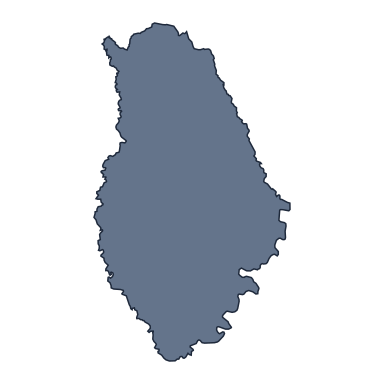 Makoabating, Mafeteng, Lesotho
{"feature_id": "5366337B10709831324049", "entity_name": "Makoabating", "entity_type": "district", "adm_level": 2, "iso_a3": "LSO", "parent_name": "Lesotho", "parent_adm1": "Mafeteng", "projection": "orthographic", "projection_center": [27.416, -29.927], "detail": "fine", "context": "isolated", "style": "filled", "palette": "slate", "viewbox_px": 384, "rotation_deg": 0, "n_neighbors": 0, "source": "geoboundaries", "source_scale": "gbopen_adm2", "svg_char_len": 5973}
<svg xmlns="http://www.w3.org/2000/svg" viewBox="0 0 384 384"><path d="M191.2,355.2L191.5,351.5L193.3,350.4L193.1,349.4L190.1,347.0L190.3,345.8L196.2,343.5L197.7,340.7L198.9,339.9L200.2,340.5L202.1,342.7L204.6,343.1L214.5,342.7L217.3,342.0L218.7,341.1L223.4,336.0L224.5,333.6L223.9,332.1L222.7,331.9L219.7,333.7L218.8,333.3L217.6,332.0L216.6,330.0L216.8,327.4L217.6,326.8L218.7,326.7L225.5,329.1L228.6,329.1L231.2,327.8L231.4,327.3L228.7,323.5L228.1,321.8L222.6,317.3L222.5,316.1L223.1,314.9L226.2,311.6L227.2,311.2L232.1,312.3L234.8,311.8L236.9,310.3L237.7,308.4L239.1,301.4L239.0,299.4L237.8,296.5L238.3,294.5L239.2,294.1L242.6,294.6L243.8,294.2L246.0,291.5L248.7,290.5L252.8,291.8L255.9,294.0L257.8,293.7L257.9,291.5L258.9,288.6L258.7,287.6L256.0,283.4L253.6,281.7L252.9,279.5L251.4,277.6L246.5,276.3L245.0,276.7L244.5,277.3L242.3,277.3L239.8,275.4L238.7,274.1L239.2,269.6L241.4,268.1L246.6,270.8L250.4,270.9L253.9,268.9L257.5,269.8L258.1,269.1L259.6,268.6L260.2,267.4L260.2,265.5L261.1,264.2L262.3,263.6L263.4,264.0L266.0,263.7L267.3,262.5L269.1,258.4L271.1,255.7L273.1,254.5L274.7,254.3L277.2,255.9L278.3,254.4L278.3,251.5L274.9,247.6L274.8,245.0L276.4,240.3L278.9,238.3L280.3,238.2L282.5,239.5L284.0,239.7L285.2,239.0L285.5,237.4L285.1,231.3L286.0,226.1L285.8,223.7L284.4,222.6L280.4,221.7L278.9,220.3L279.7,210.2L280.5,209.6L282.9,209.7L288.8,210.8L290.0,209.5L289.9,203.1L287.4,202.4L281.7,199.4L280.4,199.4L279.9,198.5L279.9,196.0L279.4,195.1L278.4,195.0L276.6,196.5L275.5,194.2L276.1,192.4L275.9,191.6L272.7,188.8L272.2,189.3L271.2,188.8L267.5,184.0L264.3,182.3L263.7,181.3L264.3,178.6L266.1,176.6L266.2,173.8L264.1,172.8L263.7,171.9L263.8,170.0L263.1,168.6L261.1,167.8L259.8,166.0L259.5,164.5L259.9,163.7L261.3,163.6L260.5,162.5L256.6,161.1L256.1,160.5L256.3,158.6L253.9,156.0L255.0,154.4L255.1,151.9L249.0,140.6L249.3,138.9L247.3,136.3L247.2,135.0L247.6,133.9L249.2,131.1L248.9,129.9L247.5,128.3L246.7,124.2L246.0,123.7L243.6,123.8L242.3,122.8L241.6,121.6L242.3,120.8L242.0,120.0L239.8,118.7L238.9,117.5L237.3,116.7L236.6,113.5L237.3,112.8L236.4,110.9L236.5,107.7L234.2,106.1L233.3,104.3L231.5,103.0L231.3,101.8L232.0,98.5L230.1,95.7L228.6,95.4L228.3,94.4L226.9,93.9L226.1,90.8L225.3,90.2L223.8,87.8L223.2,84.7L223.9,84.9L223.9,82.6L220.6,80.2L219.1,77.8L218.3,77.6L217.9,76.8L218.0,75.7L216.0,74.1L216.3,70.4L214.8,66.6L214.5,65.1L214.8,64.2L213.3,59.8L214.2,58.5L213.4,55.9L211.6,53.9L210.7,50.8L209.6,49.5L208.3,49.0L204.5,49.4L203.7,48.7L200.5,49.7L198.4,49.7L194.2,48.7L193.1,46.6L191.8,42.0L188.7,38.8L186.6,31.7L185.2,33.4L184.4,33.6L182.9,33.0L179.7,35.6L178.5,35.4L178.4,33.4L177.9,32.0L173.8,26.2L166.7,24.5L165.4,24.8L162.7,24.6L154.6,23.0L152.2,24.2L151.7,27.0L148.3,28.5L146.5,28.7L144.7,30.9L141.1,32.4L140.4,33.4L138.2,33.2L133.7,34.2L133.2,35.1L131.3,36.6L131.1,38.0L130.1,39.2L129.7,43.8L129.0,44.8L129.2,46.2L128.3,47.0L127.1,50.0L124.5,49.1L123.2,48.0L120.6,48.3L118.6,47.2L117.6,45.6L115.7,44.5L115.2,43.8L115.5,42.9L114.9,42.0L112.0,39.8L111.6,38.7L110.6,38.7L109.2,36.5L108.9,37.5L108.3,36.9L107.6,37.1L105.7,38.5L105.3,39.4L104.8,39.0L104.0,39.3L104.4,40.9L103.9,42.7L102.1,44.0L103.5,45.1L104.3,46.5L104.1,49.1L105.4,49.7L107.0,49.3L106.9,50.7L105.8,50.7L106.8,52.9L106.6,53.6L107.0,55.3L108.9,55.4L108.8,57.9L110.3,56.8L110.9,57.2L111.3,58.9L110.4,59.6L110.3,61.5L109.7,62.8L109.9,65.0L112.3,66.3L113.6,66.0L114.2,66.9L116.2,68.1L117.2,70.2L118.9,71.3L118.1,72.2L118.0,73.2L116.8,73.2L116.7,73.9L117.5,75.0L116.9,76.3L115.8,76.8L116.2,79.4L115.2,82.6L116.0,82.8L117.0,83.9L116.9,84.6L115.6,85.1L115.2,87.0L115.9,88.3L117.3,89.4L116.2,90.1L116.7,91.9L117.3,92.2L119.7,91.9L119.2,94.9L121.0,98.0L121.3,99.6L119.8,100.2L118.8,101.3L118.3,102.8L118.2,104.0L120.1,107.4L120.0,108.0L118.4,108.9L118.2,109.8L119.0,110.8L121.1,110.6L121.6,111.2L120.1,113.0L120.1,114.6L121.1,116.4L121.0,117.1L120.2,117.9L118.2,118.3L119.3,120.9L118.4,122.8L116.4,125.2L115.9,127.0L116.5,129.1L118.1,130.4L119.9,132.8L120.8,135.9L121.6,137.1L126.1,140.6L126.2,141.4L124.9,142.9L122.0,142.4L120.2,142.9L119.9,144.1L120.2,145.5L119.4,151.0L118.9,152.3L116.2,152.9L115.3,154.7L112.8,156.4L110.2,155.6L108.8,156.2L107.9,157.6L108.7,159.2L105.2,160.6L103.1,164.4L102.7,166.2L103.4,167.7L105.2,167.6L105.8,168.1L105.0,170.2L102.1,170.7L101.1,171.4L101.1,171.9L101.5,172.8L102.4,173.0L102.6,173.7L103.6,174.4L102.9,177.0L105.8,177.0L105.9,177.6L104.8,179.2L106.1,180.0L106.5,181.4L105.9,182.1L104.2,182.7L102.5,186.7L100.5,187.2L99.8,190.4L96.8,191.8L96.8,193.5L98.5,195.1L96.0,198.7L97.8,199.2L100.7,199.2L101.2,202.2L103.1,204.0L102.7,205.0L101.9,205.1L101.1,206.2L98.2,206.7L97.0,209.0L96.9,211.4L95.1,211.8L95.1,213.6L94.0,217.4L96.0,219.8L97.3,223.9L100.6,227.5L100.9,228.7L100.3,230.3L102.2,229.8L102.6,230.2L102.5,231.0L100.3,233.3L99.6,234.6L100.3,239.6L98.1,240.6L98.2,243.9L99.3,245.8L99.2,248.5L98.5,250.3L99.9,250.8L102.5,249.6L103.2,250.1L103.7,251.8L103.5,252.7L101.0,255.1L100.9,256.1L104.0,258.2L104.1,260.2L105.2,262.5L108.2,265.2L105.9,268.9L105.8,270.6L107.3,270.5L108.5,271.5L109.5,274.6L110.1,275.2L111.3,274.4L110.7,272.4L111.6,272.2L112.9,273.0L113.3,274.7L112.4,276.7L110.5,278.2L109.2,277.1L108.3,277.2L108.1,277.6L107.8,281.0L110.0,282.7L111.1,285.6L111.2,287.9L113.7,289.0L120.5,289.5L123.3,290.4L123.5,291.5L121.9,293.7L122.1,294.2L126.3,295.8L129.3,304.8L130.3,306.4L130.8,308.7L132.1,309.7L132.3,308.4L134.4,307.9L134.7,309.7L136.9,310.8L137.8,314.5L136.7,317.4L136.8,318.6L139.1,318.5L140.4,319.6L142.2,319.8L143.0,320.6L144.0,320.6L145.0,322.0L148.6,324.0L150.2,325.9L150.3,328.3L147.8,331.2L149.1,332.4L150.7,331.2L153.2,331.1L153.3,331.9L152.7,332.2L153.1,335.0L152.8,339.1L153.9,341.4L155.8,343.4L156.3,344.5L154.6,347.7L155.6,348.6L159.0,349.3L159.0,350.9L158.0,351.4L158.1,352.9L161.7,355.1L163.8,358.0L165.9,359.8L169.4,361.0L175.2,360.8L177.2,359.1L178.8,359.1L179.9,357.0L180.8,356.5L182.0,356.5L183.2,358.1L184.4,358.1L185.8,357.0L188.0,353.3L189.2,354.5L191.2,355.2Z" fill="#64748b" stroke="#1e293b" stroke-width="1.5"/></svg>